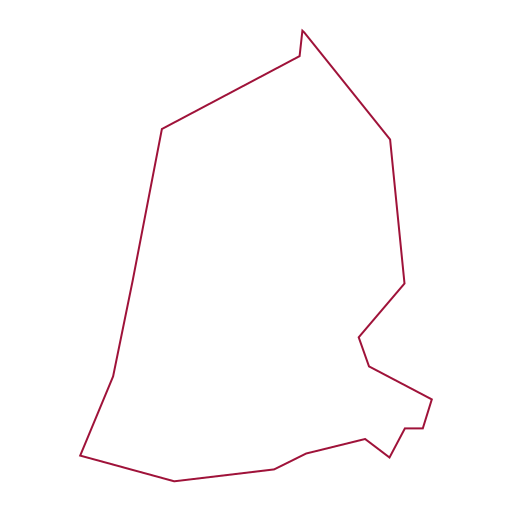 outline of Parker'S Hill, Castries, Saint Lucia
{"feature_id": "8701671B66024605882248", "entity_name": "Parker'S Hill", "entity_type": "district", "adm_level": 2, "iso_a3": "LCA", "parent_name": "Saint Lucia", "parent_adm1": "Castries", "projection": "orthographic", "projection_center": [-60.99, 14.004], "detail": "fine", "context": "isolated", "style": "outline", "palette": "rose", "viewbox_px": 512, "rotation_deg": 0, "n_neighbors": 0, "source": "geoboundaries", "source_scale": "gbopen_adm2", "svg_char_len": 362}
<svg xmlns="http://www.w3.org/2000/svg" viewBox="0 0 512 512"><path d="M80.2,455.6L174.2,481.3L274.1,469.4L306.2,453.5L365.1,439.0L389.5,457.5L404.9,428.4L422.8,428.4L431.8,399.4L369.0,366.4L358.7,337.3L404.5,283.5L390.1,139.5L304.2,32.4L302.4,30.7L299.6,56.1L161.9,129.0L132.6,281.0L113.1,376.4L80.2,455.6Z" fill="none" stroke="#9f1239" stroke-width="2"/></svg>